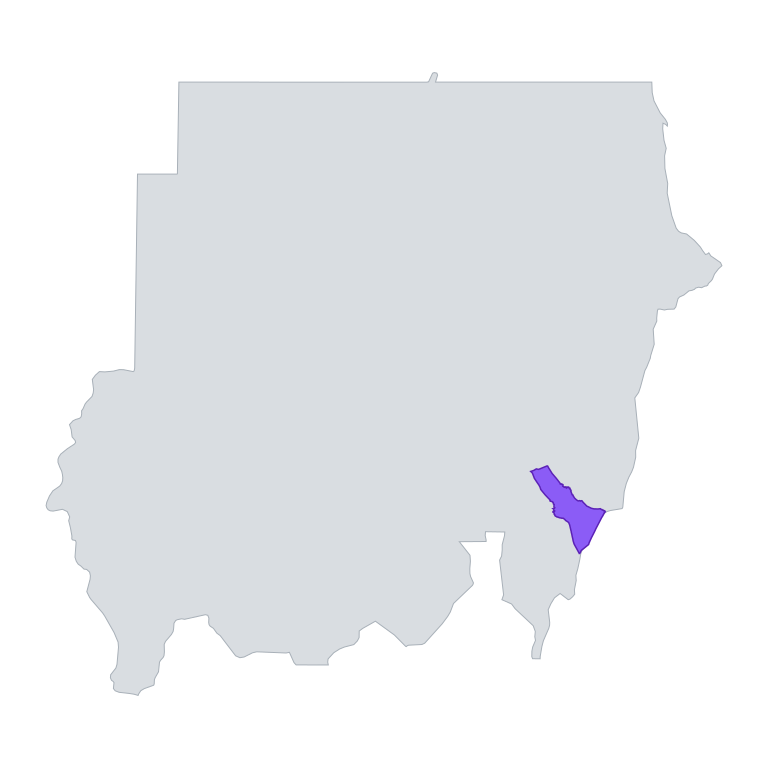 Ad Dinder, Sennar, Sudan (highlighted)
{"feature_id": "16777658B21408858343438", "entity_name": "Ad Dinder", "entity_type": "district", "adm_level": 2, "iso_a3": "SDN", "parent_name": "Sudan", "parent_adm1": "Sennar", "projection": "robinson", "projection_center": [34.843, 12.697], "detail": "fine", "context": "in_parent", "style": "filled", "palette": "violet", "viewbox_px": 768, "rotation_deg": 0, "n_neighbors": 0, "source": "geoboundaries", "source_scale": "gbopen_adm2", "svg_char_len": 7357}
<svg xmlns="http://www.w3.org/2000/svg" viewBox="0 0 768 768"><path d="M540.1,658.8L532.6,658.7L531.8,656.7L531.9,651.2L532.7,647.0L535.5,640.4L534.8,636.7L535.3,631.5L533.2,625.7L515.1,608.7L511.6,604.0L501.9,599.7L503.6,594.9L499.6,560.1L501.6,556.1L502.2,550.0L502.2,544.7L504.5,535.8L504.8,532.0L485.5,531.7L485.2,535.6L486.1,539.9L486.1,541.5L459.3,541.7L470.0,555.3L470.4,561.3L469.8,568.7L469.9,573.5L470.6,576.6L473.4,582.8L473.2,583.9L472.5,585.3L453.5,603.5L450.3,612.0L447.7,616.4L442.2,623.8L424.7,643.2L421.9,644.5L408.6,645.2L407.3,645.7L406.3,646.6L405.7,646.4L394.4,635.0L375.4,621.2L362.7,628.4L359.2,631.0L359.1,637.6L357.3,641.0L353.8,644.6L344.5,647.0L339.6,649.0L333.8,652.7L328.1,658.9L327.7,662.1L328.3,665.0L296.1,664.9L294.0,662.6L289.4,652.3L286.1,653.0L256.7,651.8L252.5,652.8L244.1,657.0L239.9,657.7L235.6,655.8L220.2,635.6L216.9,633.2L213.4,628.3L210.2,626.2L209.1,624.7L208.7,622.5L208.9,618.1L207.8,615.3L205.4,614.7L184.6,619.3L181.6,618.8L177.3,619.7L175.7,620.5L174.0,623.2L173.6,628.7L173.1,631.5L171.4,634.5L165.5,641.4L164.2,644.4L164.4,651.9L164.0,655.7L163.1,657.5L160.5,660.4L159.5,662.1L158.5,671.8L155.2,677.6L154.4,679.7L154.2,683.9L153.7,685.2L144.3,688.6L140.8,690.7L138.6,694.0L138.1,695.4L134.0,694.2L128.9,693.4L119.1,692.3L115.2,690.8L113.4,688.5L114.0,682.6L113.1,681.4L111.5,680.3L110.4,677.8L110.7,674.7L115.9,668.0L117.0,664.3L118.5,647.3L118.1,642.1L114.1,632.6L104.8,616.2L102.6,612.9L91.0,599.4L89.6,597.4L86.8,591.7L90.1,579.2L90.4,575.7L89.6,572.1L86.6,569.4L84.0,569.1L80.6,565.8L78.3,564.3L76.3,561.3L75.0,557.2L76.1,542.4L75.5,540.5L72.5,539.9L71.8,538.9L71.9,536.0L70.4,527.6L68.7,520.7L69.7,516.9L67.3,511.6L62.5,509.3L53.1,511.1L50.2,510.8L48.2,509.8L46.8,507.9L46.1,505.6L46.8,502.2L49.5,495.9L52.9,490.8L59.7,486.1L61.6,483.6L62.6,480.8L62.8,477.6L62.4,474.3L61.7,471.2L59.8,467.2L58.0,462.4L58.0,459.2L58.9,456.9L60.7,454.1L67.5,448.6L74.4,444.1L75.6,442.5L75.2,440.6L72.1,436.9L71.2,429.7L69.5,424.6L73.0,420.8L75.6,419.5L79.6,418.3L81.2,416.7L81.7,413.7L81.6,410.8L83.1,408.6L85.1,404.0L86.7,401.9L92.0,396.5L93.2,393.0L93.6,389.6L92.3,379.4L95.4,375.2L99.4,371.6L104.9,371.9L113.5,371.1L119.4,369.6L123.6,369.7L133.2,371.6L134.2,370.8L134.7,368.1L137.5,174.1L176.9,174.1L177.4,173.8L178.9,82.1L426.6,82.2L428.6,81.8L432.6,73.2L434.2,72.6L436.8,73.1L437.6,75.1L435.5,82.1L651.8,82.1L652.2,92.6L654.0,100.9L660.2,112.9L665.4,119.4L667.3,122.9L667.5,124.6L667.3,126.1L665.7,124.4L663.0,123.2L662.7,128.8L664.0,140.3L666.2,148.3L664.6,155.8L664.9,168.4L667.7,183.5L667.2,193.2L671.8,215.7L676.2,228.2L678.6,231.3L681.3,232.9L686.6,234.0L694.3,240.4L700.4,247.1L702.6,250.6L705.5,254.5L707.6,253.8L708.8,252.8L710.8,255.9L720.5,262.6L721.9,265.7L718.5,268.8L714.5,274.0L712.5,279.0L711.5,280.5L708.3,283.6L707.8,285.1L706.4,286.0L704.9,286.1L701.6,287.7L698.6,287.2L695.6,288.1L694.5,289.3L692.1,290.3L688.9,290.9L683.9,295.0L679.5,297.0L678.0,298.7L675.8,307.0L674.1,309.1L667.6,309.3L664.4,310.0L660.1,309.1L658.0,309.2L657.4,311.0L656.7,318.1L656.8,321.1L653.2,329.2L654.2,344.3L650.7,355.6L650.3,358.2L646.7,367.2L644.9,370.6L640.4,387.3L638.6,392.5L634.8,397.9L638.8,438.2L635.6,450.5L635.7,457.2L633.5,467.2L631.7,471.8L628.8,477.3L626.3,483.5L624.2,491.7L622.8,507.2L622.1,508.6L610.5,510.5L606.9,511.6L604.5,513.3L601.5,517.3L595.6,528.2L592.5,534.8L587.6,544.0L582.0,550.4L580.8,553.6L579.8,559.4L577.8,568.7L575.9,575.3L576.2,580.6L574.4,589.7L574.7,594.2L572.7,596.7L570.0,599.1L568.2,599.7L560.1,593.5L554.5,597.8L550.9,603.7L548.2,609.7L549.7,622.4L549.6,625.2L548.8,628.3L543.4,640.7L541.9,646.4L540.2,656.4L540.1,658.8Z" fill="#d9dde1" stroke="#a8b0b8" stroke-width="1"/><path d="M554.8,476.6L553.6,475.2L553.3,474.8L552.2,473.6L549.6,469.4L548.8,468.2L548.1,466.9L547.7,466.1L547.4,466.0L547.1,465.9L540.5,468.6L538.5,469.4L536.3,468.9L533.6,470.5L531.7,471.1L530.7,471.4L532.4,473.1L534.4,478.4L537.8,483.5L538.7,484.7L540.0,487.1L540.7,489.3L541.0,489.8L545.2,494.9L548.9,498.8L549.7,499.5L550.1,500.1L550.0,500.5L549.9,500.8L550.4,501.2L550.7,501.1L551.2,501.4L551.6,501.5L551.9,501.5L552.2,501.6L552.4,501.9L552.6,502.2L552.8,502.3L553.1,502.3L553.2,502.5L553.2,502.9L553.4,503.4L553.3,503.7L553.4,504.0L553.6,504.2L553.8,504.2L554.1,504.4L554.2,504.5L554.2,504.9L554.0,505.3L554.0,505.7L554.0,506.2L553.9,506.7L554.0,507.0L554.6,507.5L554.8,507.7L554.6,508.2L554.2,508.5L553.7,508.4L553.1,508.6L553.5,508.8L553.6,509.1L553.7,509.3L553.6,509.7L553.6,510.0L554.1,510.5L554.4,510.6L554.6,510.7L554.7,510.8L554.6,511.3L554.4,511.4L554.1,511.4L553.7,511.4L553.1,511.5L552.9,511.7L552.9,512.1L553.1,512.3L553.4,512.4L553.8,512.6L554.1,513.0L554.2,513.6L554.1,513.8L554.1,514.1L554.5,514.3L554.7,514.5L554.7,514.9L554.7,515.1L555.1,515.6L555.3,516.1L555.9,516.3L556.2,516.5L556.6,516.7L557.1,517.1L557.8,517.0L558.4,517.4L558.9,517.5L560.0,517.9L561.1,518.0L562.0,518.3L562.5,518.2L562.9,518.2L563.6,518.4L564.2,519.1L564.8,519.4L565.5,520.4L567.7,521.8L568.7,522.6L569.1,523.7L569.6,524.8L569.9,526.0L570.3,527.8L570.4,528.2L571.0,530.8L571.2,531.5L571.3,531.9L571.3,532.5L571.6,533.5L571.8,534.2L571.9,534.9L572.2,536.2L572.2,536.4L572.6,538.1L572.9,539.4L573.0,540.2L573.2,541.1L574.1,544.0L574.8,545.3L575.9,547.3L576.3,548.0L577.5,550.2L578.8,552.6L579.2,553.3L579.4,553.8L579.5,553.9L579.5,554.0L579.7,553.6L581.3,550.4L584.2,548.1L587.9,545.1L588.2,544.9L588.6,544.5L589.4,542.0L589.6,541.9L589.8,541.3L590.3,540.2L591.0,538.7L591.4,537.8L593.6,533.5L594.9,530.9L595.8,528.9L595.9,528.7L600.0,520.8L601.8,517.3L602.5,516.4L602.5,516.2L603.6,514.2L603.9,513.5L604.2,513.2L604.3,512.7L605.2,511.9L605.4,511.6L605.7,511.3L605.4,511.4L605.2,511.3L605.0,511.2L604.9,511.1L604.8,510.9L604.7,510.8L604.6,510.7L604.4,510.8L604.1,510.8L603.9,510.8L603.7,510.8L603.4,510.4L603.2,510.1L602.9,509.9L602.7,510.0L602.4,510.1L602.1,509.9L601.9,509.5L601.2,509.3L600.8,509.2L600.4,508.7L597.9,509.0L595.3,508.9L594.1,508.9L592.0,508.4L591.2,508.2L588.4,506.8L586.8,506.1L586.4,505.7L586.2,505.5L586.1,505.4L585.5,504.7L584.6,503.8L583.7,502.9L583.0,502.1L582.9,502.1L582.7,501.8L582.1,501.0L582.0,500.8L581.8,500.7L581.7,500.7L581.3,500.8L581.2,500.8L580.9,500.9L580.7,500.9L580.6,501.0L580.5,500.9L580.4,500.9L580.2,500.8L579.9,500.7L579.7,500.6L578.9,500.9L578.7,500.9L578.1,500.8L577.7,500.7L576.3,499.7L574.6,498.1L574.2,497.5L574.0,497.2L573.8,496.8L573.6,496.4L573.4,496.1L573.2,496.0L573.2,495.9L573.0,495.1L572.8,494.9L572.4,494.9L572.1,494.7L571.9,494.0L571.8,493.5L571.3,492.7L571.3,492.1L571.0,491.6L570.8,491.3L571.0,490.7L571.0,490.2L570.6,489.9L570.3,489.6L570.0,489.1L570.1,488.7L569.9,488.1L569.5,488.0L569.2,488.1L569.0,487.8L568.8,487.3L568.7,487.1L568.4,487.0L568.1,487.0L567.8,487.2L567.5,487.5L567.3,487.6L567.2,487.6L567.0,487.3L566.9,487.0L566.7,487.0L566.3,487.1L566.4,487.5L566.3,487.9L566.0,487.7L565.9,487.4L565.8,487.2L565.6,487.0L565.5,486.9L565.4,486.9L565.4,487.0L565.2,487.1L564.9,487.2L564.9,487.3L564.7,487.3L564.4,487.3L564.4,487.2L564.2,487.0L564.0,486.9L563.9,486.9L563.7,486.6L563.4,486.6L563.1,486.4L563.0,486.1L562.9,486.1L563.0,485.8L563.0,485.4L562.9,485.4L562.8,485.1L563.0,484.9L563.0,484.7L562.9,484.6L562.7,484.5L562.4,484.6L562.2,484.7L561.9,484.5L561.9,484.3L561.8,484.1L561.7,483.9L561.2,484.0L560.9,484.1L560.7,483.9L560.3,483.9L560.3,483.7L559.9,483.0L556.1,478.1L554.8,476.6Z" fill="#8b5cf6" stroke="#5b21b6" stroke-width="1.5"/></svg>